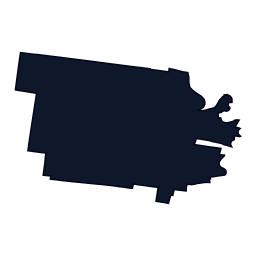 outline of Valea Stanciului, Dolj, Romania
{"feature_id": "2599482B21688780573777", "entity_name": "Valea Stanciului", "entity_type": "district", "adm_level": 2, "iso_a3": "ROU", "parent_name": "Romania", "parent_adm1": "Dolj", "projection": "natural_earth1", "projection_center": [23.871, 43.972], "detail": "fine", "context": "isolated", "style": "filled", "palette": "ink", "viewbox_px": 256, "rotation_deg": 0, "n_neighbors": 0, "source": "geoboundaries", "source_scale": "gbopen_adm2", "svg_char_len": 5739}
<svg xmlns="http://www.w3.org/2000/svg" viewBox="0 0 256 256"><path d="M209.9,182.5L209.8,182.0L209.6,180.1L209.5,179.7L209.5,179.4L209.4,178.9L209.9,178.9L210.5,178.8L210.3,177.1L210.8,177.0L212.3,176.8L212.8,176.8L213.7,176.7L216.4,176.2L216.8,176.1L218.0,176.0L218.5,175.9L222.4,175.4L224.2,175.1L224.6,175.1L224.9,174.9L225.4,174.3L225.7,173.7L226.1,173.0L226.1,172.8L226.1,172.5L226.1,172.1L226.0,171.2L225.8,170.7L225.6,170.2L225.2,169.8L224.5,169.1L224.1,168.8L223.7,168.6L222.5,168.0L221.6,167.6L221.2,167.3L220.8,166.9L220.3,166.5L220.0,166.2L219.7,165.9L219.6,165.5L219.4,165.2L219.2,164.3L219.2,163.7L219.1,163.2L219.2,162.5L219.4,161.7L219.9,160.8L220.1,160.4L220.5,159.9L221.2,159.0L221.7,158.5L223.2,157.0L224.0,156.3L224.2,155.9L224.5,155.5L224.5,155.4L224.5,155.1L224.0,155.1L222.4,154.9L220.2,154.8L219.3,154.7L219.5,154.1L219.8,152.7L220.0,152.1L220.4,150.7L220.5,150.1L220.7,149.4L220.9,148.8L221.0,148.4L220.5,148.3L219.7,148.2L218.5,148.1L218.3,148.0L213.9,147.4L209.2,146.8L206.9,146.4L206.5,146.4L205.2,146.2L202.1,145.7L195.8,144.8L194.0,144.5L194.4,143.7L194.8,143.2L195.0,142.6L195.3,142.0L195.5,141.6L195.7,140.8L196.0,139.3L196.0,138.6L198.0,138.8L200.9,139.2L207.5,140.3L209.0,140.5L213.3,141.8L215.3,142.1L217.0,142.5L218.2,142.8L220.4,143.2L221.4,143.4L222.4,143.9L223.0,144.2L224.2,144.7L225.6,145.1L226.6,145.3L227.4,145.5L229.1,146.2L230.6,146.6L231.7,146.8L231.2,146.0L230.8,145.0L230.7,144.0L230.7,143.0L231.2,141.7L231.7,141.0L233.2,140.1L234.2,139.7L234.3,139.3L234.3,139.0L234.2,138.5L234.2,138.2L234.7,135.8L235.0,135.8L236.2,136.1L237.9,136.3L239.2,136.5L239.9,136.6L240.6,136.2L239.8,135.6L239.1,134.9L238.5,134.1L238.2,133.4L238.1,132.5L238.1,131.6L238.1,130.9L238.6,130.1L239.2,129.3L240.2,128.6L239.5,128.1L238.0,127.8L236.7,127.4L235.1,126.9L238.0,121.9L239.1,120.1L238.3,120.0L237.2,119.9L236.1,119.9L234.9,120.2L234.1,120.6L233.7,121.1L231.8,121.7L230.8,121.9L229.5,122.3L228.0,122.7L226.6,122.8L225.5,122.7L224.7,122.5L223.7,122.3L222.9,121.9L222.3,121.4L221.4,120.5L220.7,117.9L217.9,117.9L218.0,117.4L218.2,116.4L218.3,115.6L218.3,115.1L218.3,114.6L218.4,113.9L218.5,113.0L218.6,112.6L219.6,112.5L221.5,112.4L221.6,111.9L221.7,111.6L222.0,111.4L222.3,111.4L222.7,111.3L223.1,111.1L223.8,110.9L224.4,110.6L224.6,110.7L224.9,110.9L225.8,111.1L226.9,111.1L227.6,110.8L228.4,110.5L228.9,110.1L229.5,109.2L229.9,108.6L229.8,108.1L229.7,107.4L229.3,107.0L228.7,106.6L228.4,106.4L228.3,104.1L228.3,103.5L228.5,102.9L228.5,102.7L232.0,102.4L232.0,99.3L232.0,99.1L231.9,98.8L231.8,98.6L231.6,97.9L231.2,97.3L231.0,97.1L230.8,97.0L230.7,96.8L230.4,96.4L229.8,95.9L229.7,95.8L229.4,95.6L229.1,95.5L228.7,95.3L228.5,95.2L228.3,95.2L227.9,95.1L227.7,95.0L227.4,94.8L227.1,94.5L226.9,94.6L226.7,94.6L226.4,94.7L226.1,94.7L225.7,94.8L224.6,94.9L224.3,94.9L224.2,94.9L224.1,95.3L224.1,95.9L223.8,96.0L223.3,96.3L222.8,96.6L222.5,96.8L221.9,97.5L221.6,97.9L221.0,98.6L220.3,99.3L219.7,99.9L219.4,100.3L219.2,100.6L217.9,103.1L216.3,105.7L215.8,106.3L214.5,107.5L214.2,107.7L213.5,108.0L213.1,108.1L211.6,108.5L210.7,108.7L209.7,108.9L209.3,109.0L208.9,109.2L208.5,109.3L208.2,109.3L206.7,109.8L206.2,110.0L205.5,110.2L203.2,110.5L201.0,110.7L198.3,110.5L203.5,107.2L204.9,104.2L204.8,101.3L204.0,99.2L201.5,96.4L199.1,94.9L195.3,92.4L192.2,89.9L189.8,87.3L188.8,82.1L188.8,76.9L188.0,73.8L187.9,72.6L187.7,72.5L183.3,71.9L179.6,71.0L177.1,70.3L174.6,69.7L173.0,69.2L171.9,69.1L170.6,68.9L169.4,68.6L169.2,68.5L169.1,68.9L169.0,70.3L168.8,71.3L168.7,71.9L160.1,70.7L157.3,70.3L154.5,69.9L152.7,69.7L151.0,69.5L150.7,69.3L150.6,69.2L150.4,69.0L150.2,68.9L149.9,68.8L146.5,68.3L140.9,67.6L136.5,67.1L131.5,66.5L125.3,65.7L105.8,63.2L97.5,62.1L78.8,59.7L68.4,58.4L36.4,54.4L34.8,54.4L20.5,52.6L18.5,66.6L15.4,89.9L36.6,93.3L31.5,126.2L29.0,142.7L27.9,150.7L29.5,150.9L32.7,151.4L36.6,151.9L37.9,152.1L41.0,152.5L42.8,152.7L44.3,152.8L45.8,153.0L45.8,153.3L45.5,155.9L45.4,156.8L45.3,158.1L45.2,159.4L45.0,161.1L45.0,161.6L44.9,162.5L44.6,165.2L44.5,165.6L44.4,166.1L44.2,167.5L44.1,168.5L43.8,170.8L43.7,171.4L43.4,173.4L43.2,175.2L50.0,175.9L50.7,176.0L50.4,179.2L50.7,179.2L52.7,179.4L54.7,179.6L55.6,179.7L56.7,179.8L57.0,179.8L58.7,180.1L62.2,180.6L63.5,180.7L66.4,181.0L67.7,181.1L69.0,181.3L70.6,181.5L73.8,181.8L75.0,181.9L75.5,182.0L76.2,182.0L76.7,182.1L78.9,182.3L79.5,182.3L81.7,182.6L83.4,182.7L85.3,182.9L87.2,183.1L88.3,183.2L89.3,183.3L90.0,183.4L90.9,183.5L91.9,183.6L92.7,183.6L93.1,183.7L93.9,183.7L95.6,183.9L97.2,184.1L98.2,184.2L99.5,184.3L100.4,184.4L100.9,184.4L101.0,184.4L103.6,184.7L104.5,184.8L105.1,184.9L105.8,184.9L106.3,185.0L108.4,185.2L110.0,185.4L112.7,185.7L115.0,186.0L116.2,186.2L117.1,186.3L120.2,186.8L121.2,186.8L122.3,187.0L123.4,187.1L124.2,187.2L125.8,187.5L126.6,187.6L127.3,187.7L128.1,187.8L128.8,188.0L130.2,188.1L131.0,188.2L131.9,188.3L132.4,188.2L132.5,188.1L132.6,187.8L132.9,185.7L133.2,184.3L133.2,184.0L136.2,184.4L137.8,184.7L140.1,185.0L141.5,185.2L143.4,185.4L144.7,185.6L147.0,185.9L147.9,186.1L158.1,187.4L157.0,195.0L156.0,201.2L156.5,201.3L158.0,201.6L159.6,201.8L161.2,202.1L162.3,202.2L164.0,202.5L165.5,202.8L168.5,203.4L169.0,201.2L169.3,200.1L169.5,199.3L169.7,198.5L170.9,195.1L171.0,194.9L172.8,195.4L173.1,193.8L173.7,191.3L173.8,191.2L173.9,190.4L174.0,189.7L175.1,189.6L177.9,190.0L184.0,190.7L186.0,191.0L186.1,190.6L186.2,190.3L186.3,190.1L186.2,189.8L186.3,187.4L186.6,186.0L186.6,185.8L186.7,185.6L186.8,185.3L186.9,184.4L187.9,184.4L189.5,184.4L190.4,184.4L190.9,184.6L191.5,184.7L192.2,184.5L193.9,184.3L195.0,184.1L195.9,183.8L196.8,183.6L198.4,183.3L200.2,183.1L201.5,182.9L202.7,182.7L204.0,182.5L204.5,182.5L205.4,182.4L205.8,182.4L206.0,182.4L208.0,182.4L209.9,182.5Z" fill="#0f172a" stroke="#020617" stroke-width="1.5"/></svg>